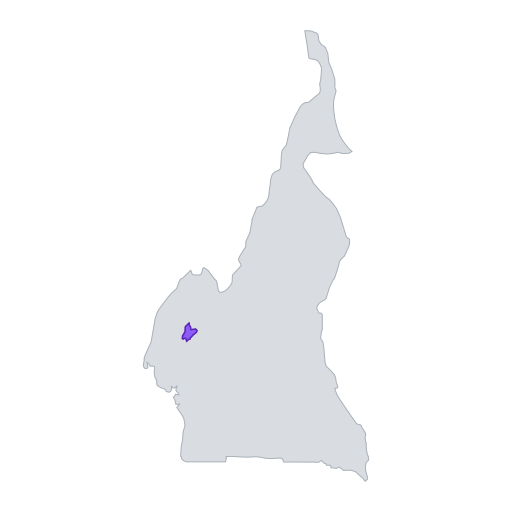 Menoua, Ouest, Cameroon (highlighted)
{"feature_id": "32672807B11213510980510", "entity_name": "Menoua", "entity_type": "district", "adm_level": 2, "iso_a3": "CMR", "parent_name": "Cameroon", "parent_adm1": "Ouest", "projection": "equal_earth", "projection_center": [10.088, 5.433], "detail": "fine", "context": "in_parent", "style": "filled", "palette": "violet", "viewbox_px": 512, "rotation_deg": 0, "n_neighbors": 0, "source": "geoboundaries", "source_scale": "gbopen_adm2", "svg_char_len": 4409}
<svg xmlns="http://www.w3.org/2000/svg" viewBox="0 0 512 512"><path d="M144.0,359.1L144.8,356.0L151.2,341.6L155.2,318.4L157.0,313.0L158.8,309.4L168.1,297.1L171.5,293.2L176.5,288.7L180.0,279.7L181.2,278.7L182.8,278.0L190.7,270.3L191.4,271.8L191.9,273.6L192.5,274.5L195.1,275.0L198.6,275.0L200.7,274.5L201.7,272.9L202.8,268.7L203.5,267.9L204.3,267.7L208.2,270.6L214.5,279.0L216.1,280.5L216.8,282.1L218.2,289.7L219.0,291.6L220.4,292.4L222.8,291.9L225.4,290.6L227.7,288.6L229.9,286.1L231.4,283.8L232.1,282.1L232.4,275.9L232.9,274.6L241.2,265.6L241.0,264.7L239.6,262.2L238.4,259.4L239.6,256.5L240.9,254.3L245.7,246.8L245.9,241.4L249.8,232.9L251.9,221.6L252.0,219.5L257.0,207.1L262.2,206.0L264.2,204.2L266.6,201.2L268.1,198.3L268.8,195.6L269.3,190.4L270.2,184.4L270.7,179.2L272.3,174.3L274.9,171.9L279.5,169.8L280.2,168.9L280.8,165.7L281.4,155.0L282.2,150.3L286.4,144.9L288.2,136.6L289.9,127.9L294.6,117.3L300.2,106.8L302.8,104.0L305.0,102.7L307.5,102.5L309.3,101.8L315.3,96.5L317.8,94.8L319.6,93.0L320.1,91.4L320.3,89.1L319.7,83.7L320.7,79.7L321.2,73.5L321.5,68.8L321.2,67.1L320.1,64.3L318.3,61.3L315.2,59.5L311.1,59.0L308.9,58.0L308.1,52.5L307.7,49.0L304.8,30.7L310.1,30.8L316.4,32.9L318.0,34.6L318.9,40.8L321.2,44.4L325.3,47.3L327.8,53.3L328.8,62.4L331.1,67.9L331.6,68.8L334.8,79.1L335.0,83.8L334.7,87.1L336.1,91.0L334.2,97.8L333.6,102.0L333.5,107.9L334.7,118.2L336.6,126.2L338.6,132.6L340.8,137.6L344.5,143.1L348.4,148.2L352.0,151.4L348.7,153.3L342.2,153.5L338.5,152.4L336.7,152.4L334.9,153.0L328.0,154.0L321.1,153.5L314.6,152.3L310.7,152.5L307.7,155.6L305.2,160.2L303.0,163.9L303.8,167.9L305.5,170.2L308.9,175.1L311.9,179.9L313.4,183.1L319.4,190.1L325.2,196.4L328.0,198.6L329.0,199.1L332.2,202.7L336.5,208.6L340.6,217.9L346.2,236.5L347.5,238.0L349.4,239.0L349.6,241.0L349.5,243.9L348.9,246.3L344.5,256.0L340.6,259.7L339.4,262.0L338.0,267.7L334.4,278.7L332.9,280.2L329.4,287.7L326.5,297.2L325.8,298.7L324.6,299.8L320.5,302.2L319.1,303.3L317.1,306.3L316.8,308.2L317.8,310.9L318.9,313.0L321.1,313.1L322.3,315.1L322.3,329.7L321.3,332.0L321.4,332.9L320.9,335.5L320.7,338.3L321.1,339.4L321.9,340.3L323.0,342.3L323.7,346.8L325.1,362.6L325.8,365.1L326.9,366.9L330.5,370.3L334.4,374.8L335.6,377.7L336.3,382.5L337.7,386.3L337.7,387.6L337.1,388.1L334.7,388.4L335.6,391.1L337.5,395.9L347.3,410.6L356.6,423.7L358.8,424.6L360.5,424.9L361.2,425.7L362.0,427.6L365.1,432.3L365.7,435.1L365.0,437.7L365.7,441.8L366.3,443.3L366.1,444.6L366.4,449.6L367.3,454.0L368.7,457.7L368.5,460.3L366.7,461.8L365.7,464.2L365.4,467.6L365.9,471.7L367.3,476.5L367.4,479.4L365.1,481.3L362.6,478.0L359.8,475.7L355.7,471.8L351.5,470.4L346.2,470.1L343.8,470.6L339.8,467.5L338.6,467.0L336.8,468.3L335.6,468.4L334.0,467.9L331.0,467.9L330.7,465.7L330.2,465.2L326.9,465.4L325.8,463.6L325.4,463.8L324.1,463.2L321.4,460.5L318.6,462.3L312.8,462.1L283.5,462.0L282.8,459.5L281.4,458.2L278.7,458.1L271.0,458.6L265.0,458.2L261.0,457.3L256.1,456.7L249.9,457.1L243.6,457.1L232.4,456.4L226.2,456.5L226.4,458.0L226.0,459.1L225.6,461.8L185.9,461.8L182.6,460.0L181.7,458.8L181.3,456.6L180.6,456.3L181.2,447.0L182.6,439.2L183.1,432.0L185.0,425.6L184.0,419.2L182.8,416.4L176.8,407.4L179.6,404.0L175.9,404.4L175.2,401.1L173.4,397.0L174.5,396.4L175.5,394.2L178.8,394.9L178.7,393.8L175.9,390.4L176.1,388.7L177.3,386.8L176.7,386.0L174.7,388.0L173.2,387.9L172.1,386.6L171.3,386.4L171.8,389.0L170.6,391.3L169.5,392.1L167.7,392.0L166.2,391.4L165.8,390.1L164.4,389.1L160.4,387.4L157.0,385.4L156.4,379.9L155.0,377.5L154.5,374.8L154.2,371.8L154.6,367.1L153.8,366.3L152.8,366.1L151.4,366.3L150.0,366.0L148.4,363.4L147.0,362.4L147.9,367.2L146.9,368.6L144.5,368.2L143.5,366.4L143.3,365.0L144.4,359.2L144.0,359.1Z" fill="#d9dde1" stroke="#a8b0b8" stroke-width="1"/><path d="M186.7,341.3L188.5,339.6L188.9,339.4L190.1,339.0L190.2,338.1L190.9,337.4L191.3,337.0L191.9,336.3L192.3,336.0L192.7,335.6L193.4,334.5L193.9,334.4L194.1,334.3L194.3,334.1L194.9,333.6L195.3,333.3L196.5,332.2L197.1,330.4L196.2,329.8L195.8,329.2L195.5,328.9L195.0,329.1L192.3,329.4L191.8,329.7L191.1,329.5L190.8,329.0L190.7,327.2L189.9,326.0L189.2,324.6L189.2,323.1L188.4,323.4L188.2,323.9L187.3,324.8L187.2,324.9L186.5,325.5L185.5,326.4L185.2,327.2L185.0,331.4L184.7,332.4L184.1,333.0L183.9,333.8L183.3,334.7L182.7,335.3L182.4,337.3L182.3,338.1L182.4,338.7L183.0,339.0L183.4,339.1L184.1,338.3L184.6,338.4L185.3,338.3L186.1,339.3L186.6,341.1L186.7,341.3Z" fill="#8b5cf6" stroke="#5b21b6" stroke-width="1.5"/></svg>